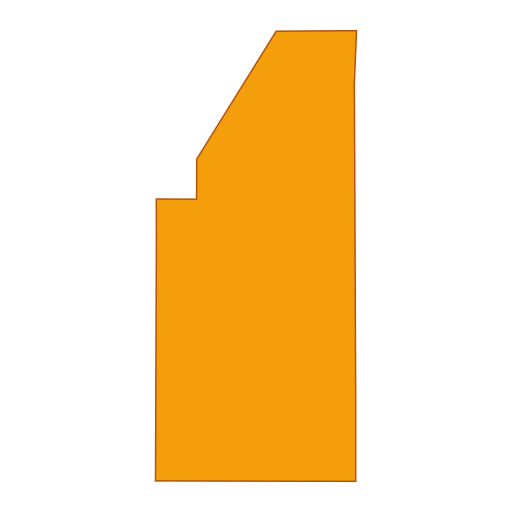 Piatt, Illinois, United States of America
{"feature_id": "52423323B52608022104094", "entity_name": "Piatt", "entity_type": "district", "adm_level": 2, "iso_a3": "USA", "parent_name": "United States of America", "parent_adm1": "Illinois", "projection": "orthographic", "projection_center": [-88.573, 40.037], "detail": "fine", "context": "isolated", "style": "filled", "palette": "amber", "viewbox_px": 512, "rotation_deg": 0, "n_neighbors": 0, "source": "geoboundaries", "source_scale": "gbopen_adm2", "svg_char_len": 285}
<svg xmlns="http://www.w3.org/2000/svg" viewBox="0 0 512 512"><path d="M348.0,481.3L355.7,481.3L355.7,401.1L354.7,159.2L354.3,84.7L356.5,30.7L276.2,31.2L196.7,159.1L196.6,199.2L156.3,199.0L156.4,239.1L155.5,480.9L348.0,481.3Z" fill="#f59e0b" stroke="#b45309" stroke-width="1.5"/></svg>